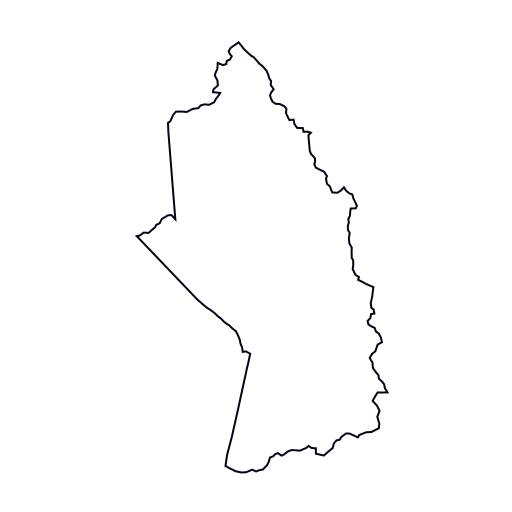 the district of Tunas do Paraná, Paraná, Brazil, rotated 264°
{"feature_id": "56859067B8300212409648", "entity_name": "Tunas do Paraná", "entity_type": "district", "adm_level": 2, "iso_a3": "BRA", "parent_name": "Brazil", "parent_adm1": "Paraná", "projection": "robinson", "projection_center": [-48.893, -24.939], "detail": "fine", "context": "isolated", "style": "outline", "palette": "ink", "viewbox_px": 512, "rotation_deg": 264, "n_neighbors": 0, "source": "geoboundaries", "source_scale": "gbopen_adm2", "svg_char_len": 2878}
<svg xmlns="http://www.w3.org/2000/svg" viewBox="0 0 512 512"><g transform="rotate(264 256 256)"><path d="M61.3,206.5L50.4,203.7L47.8,207.4L43.9,213.5L42.2,219.2L42.0,223.7L43.9,229.8L41.7,233.6L42.7,237.1L42.9,240.5L46.9,245.2L49.3,246.8L54.1,248.8L55.0,252.1L56.8,254.1L57.7,257.1L54.8,260.6L55.8,263.4L58.1,266.8L59.3,271.0L58.8,274.2L57.8,279.2L59.8,285.7L61.6,288.5L59.3,291.1L58.5,295.4L53.1,294.9L50.5,302.6L55.4,309.7L57.0,312.2L61.6,313.9L64.2,316.8L64.5,320.0L67.1,322.0L70.0,326.8L69.8,330.1L65.0,338.4L67.2,340.0L69.2,347.2L68.9,352.3L71.9,360.2L76.5,361.1L83.4,359.8L89.0,362.7L94.3,360.8L99.7,356.9L104.2,360.0L107.6,362.7L107.0,367.4L106.6,372.5L111.1,370.4L115.0,370.0L118.0,368.2L121.1,365.4L124.7,365.3L128.0,363.0L132.6,360.5L137.6,360.8L142.7,358.4L146.6,361.3L148.7,364.7L155.2,367.7L157.1,372.3L162.0,371.6L166.1,370.0L168.3,367.4L172.1,366.5L174.0,363.3L176.3,360.6L179.7,360.2L182.3,363.2L186.2,364.4L186.4,367.7L190.4,367.4L192.4,365.3L197.1,365.2L204.1,367.5L207.9,368.3L212.8,369.5L216.7,362.5L218.6,360.0L221.6,355.1L224.3,356.2L226.9,352.9L233.0,350.8L236.8,351.8L241.7,352.2L244.0,351.0L250.8,351.6L254.4,352.1L258.6,350.2L263.8,350.2L269.3,351.6L272.3,350.2L276.5,350.5L279.5,351.8L283.2,351.7L286.1,353.6L290.6,354.4L293.3,355.2L293.0,360.2L295.4,361.6L299.2,360.3L303.0,358.9L307.2,358.2L308.5,355.4L311.3,352.6L315.1,350.6L312.4,347.5L310.4,343.7L311.2,338.5L314.9,337.4L317.4,336.8L320.4,334.1L325.4,333.7L328.1,334.9L332.6,332.6L335.3,328.3L337.7,324.7L341.1,323.6L343.5,324.6L346.8,324.9L349.1,323.4L351.8,321.3L355.1,320.5L365.0,320.6L370.7,320.8L372.9,323.4L374.3,320.0L374.6,316.2L378.3,316.0L379.1,310.3L383.3,308.0L387.7,307.6L387.7,303.4L390.8,302.2L394.9,300.8L399.4,301.6L402.0,299.8L404.6,295.6L405.4,291.2L407.8,288.5L411.2,287.3L414.4,286.7L417.4,288.5L420.1,291.0L424.5,288.5L428.4,289.3L431.1,287.8L434.6,287.2L439.0,285.9L444.2,282.3L446.8,279.5L450.3,277.2L453.8,274.6L455.9,271.9L459.7,268.5L463.4,265.4L466.5,263.6L470.3,261.0L465.6,252.5L462.4,250.2L459.6,251.1L457.2,252.8L454.1,250.6L453.0,247.3L450.0,246.5L449.3,243.1L452.0,238.1L446.3,237.2L442.8,235.1L439.7,233.9L434.5,236.0L429.6,235.9L426.3,231.2L423.4,230.3L422.0,237.4L419.4,235.5L416.4,232.5L413.3,230.5L411.3,225.2L412.2,220.4L411.5,216.7L409.1,214.1L408.9,208.4L406.5,202.3L407.5,196.6L407.9,191.4L404.9,188.3L399.0,184.9L397.6,182.4L388.3,181.8L301.0,179.6L305.5,176.2L305.7,172.9L304.1,169.3L302.7,166.2L298.6,163.6L297.4,160.1L295.0,158.5L292.8,155.2L290.2,151.6L291.0,146.7L288.5,142.6L288.2,139.5L218.2,193.6L216.1,195.7L213.2,198.3L209.3,202.2L207.0,205.2L203.4,209.0L200.0,211.8L197.7,214.4L193.5,217.7L191.4,220.0L189.7,222.3L186.4,224.9L183.5,228.0L179.9,229.5L174.5,231.1L170.7,231.4L166.5,232.6L162.0,232.8L162.2,236.0L159.4,240.0L150.1,237.0L145.7,235.4L104.8,221.9L79.3,213.3L61.3,206.5Z" fill="none" stroke="#020617" stroke-width="2"/></g></svg>